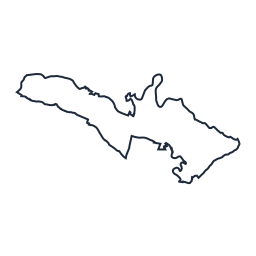 outline of Cuci, Mures, Romania, rotated 91°
{"feature_id": "2599482B99842368933543", "entity_name": "Cuci", "entity_type": "district", "adm_level": 2, "iso_a3": "ROU", "parent_name": "Romania", "parent_adm1": "Mures", "projection": "equal_earth", "projection_center": [24.16, 46.44], "detail": "fine", "context": "isolated", "style": "outline", "palette": "slate", "viewbox_px": 256, "rotation_deg": 91, "n_neighbors": 0, "source": "geoboundaries", "source_scale": "gbopen_adm2", "svg_char_len": 5673}
<svg xmlns="http://www.w3.org/2000/svg" viewBox="0 0 256 256"><g transform="rotate(91 128 128)"><path d="M94.1,239.7L97.0,234.9L97.3,234.8L98.0,235.1L98.2,232.3L98.6,230.8L99.3,229.9L99.5,230.0L101.5,226.5L101.1,226.4L102.2,225.0L102.3,224.9L102.7,223.3L102.8,221.7L103.2,219.9L103.2,219.6L103.0,218.9L103.0,217.5L103.4,214.9L103.6,214.4L104.3,213.2L105.7,211.5L105.8,209.8L106.5,206.4L106.5,204.1L106.0,202.8L106.3,202.1L106.1,201.7L105.2,201.1L105.5,199.8L106.5,199.3L107.0,198.8L107.4,198.7L108.0,198.3L109.0,196.8L110.1,195.8L110.1,195.1L110.9,194.2L111.7,192.3L111.7,192.0L112.1,191.4L112.2,190.5L112.9,189.4L112.9,188.4L113.2,187.5L113.2,185.0L113.7,183.8L113.7,182.6L114.1,181.1L114.4,180.7L115.0,180.3L115.2,179.7L115.6,179.4L120.2,168.1L123.5,169.0L123.9,168.2L124.1,166.9L125.3,167.2L125.6,166.2L125.8,165.1L125.7,164.6L125.8,163.8L126.6,161.9L127.8,160.1L128.5,159.3L130.0,158.2L133.4,156.2L138.6,152.9L140.7,150.9L140.7,150.3L141.7,149.0L142.6,148.1L144.1,146.9L145.0,146.6L148.4,141.4L150.9,138.4L151.3,136.8L151.2,136.7L151.6,136.1L154.0,134.4L156.7,131.9L158.2,129.7L155.9,129.3L154.7,129.0L153.4,128.4L153.2,128.5L150.9,127.5L147.7,126.4L146.3,126.3L135.9,124.2L137.0,120.1L137.5,116.6L137.3,113.0L137.3,111.8L137.4,111.2L138.2,108.4L139.6,105.4L140.0,104.3L140.0,104.0L141.3,101.5L142.1,101.9L142.6,99.3L143.2,95.3L148.9,97.4L148.8,90.3L147.7,90.8L147.8,91.1L147.3,91.4L147.2,91.2L145.8,91.7L144.8,89.7L145.7,89.4L145.4,88.8L143.5,89.6L143.0,90.4L142.3,89.7L144.3,86.6L146.1,85.3L147.5,84.7L147.2,84.1L148.0,83.8L148.6,83.7L148.9,84.1L150.4,83.5L150.5,83.2L151.0,83.3L151.0,83.1L151.5,83.3L151.7,83.0L153.6,83.8L155.1,84.0L156.1,83.7L156.5,83.3L157.0,82.4L157.3,81.3L157.3,80.2L157.1,79.3L155.8,77.1L155.5,76.2L155.5,75.6L155.6,75.1L156.4,74.3L159.7,71.9L160.8,70.4L161.3,69.8L161.9,69.5L162.6,69.5L162.9,69.7L162.8,70.1L161.5,72.6L161.5,73.2L161.7,73.8L162.3,74.4L163.1,74.7L163.7,74.7L164.3,74.6L166.1,73.7L167.2,73.6L167.9,73.6L168.9,74.0L169.7,74.4L170.0,74.8L170.0,75.3L169.8,75.6L168.2,76.2L167.8,76.5L167.0,77.6L166.9,78.1L166.9,78.8L167.3,80.1L168.4,81.7L169.2,82.2L170.2,82.4L170.7,82.3L172.0,81.7L172.6,81.2L173.1,80.5L174.3,78.3L176.0,76.3L177.5,75.0L178.3,74.6L179.3,74.7L180.1,75.3L180.4,75.9L180.9,75.7L180.8,75.2L181.2,72.2L180.6,72.0L181.3,69.1L181.9,67.2L182.1,66.3L181.8,65.0L181.1,64.6L180.3,63.7L179.7,63.4L179.1,63.5L177.9,62.9L176.9,63.3L175.9,63.1L176.1,62.4L176.1,62.0L174.8,60.6L174.6,59.8L174.5,58.2L176.6,56.6L173.5,53.6L171.9,51.8L170.8,51.1L168.5,49.2L167.9,48.1L166.2,46.7L164.5,45.7L163.2,44.2L162.4,43.6L160.4,42.4L159.5,41.7L157.4,38.2L157.0,37.3L156.4,35.1L155.8,34.1L155.5,33.1L154.6,32.6L153.1,30.4L152.9,29.6L152.8,28.1L152.6,27.2L151.1,25.5L150.7,24.1L149.7,22.4L149.1,21.9L148.4,20.8L148.1,20.0L147.0,18.7L145.7,17.8L144.6,17.5L142.6,16.4L141.7,16.3L140.9,16.5L139.1,17.2L137.0,18.3L137.8,19.4L137.8,20.7L136.9,22.6L135.0,25.4L135.5,26.3L135.5,27.1L134.9,29.1L133.5,31.7L132.3,32.8L131.2,33.4L131.1,33.8L131.2,35.4L130.7,36.0L129.1,38.1L125.7,41.6L125.4,42.4L125.4,43.0L126.3,44.6L126.6,44.7L126.5,46.8L123.2,49.6L121.8,51.2L121.8,52.1L121.9,53.0L121.7,53.9L120.9,55.1L120.6,56.1L118.2,60.7L118.3,61.3L117.2,61.7L113.8,62.4L113.2,62.7L112.7,63.1L111.8,64.1L110.6,66.3L110.1,67.0L108.2,68.8L104.6,72.8L104.0,73.2L103.0,73.6L98.8,74.7L98.2,74.9L97.9,75.4L97.8,75.7L98.0,76.5L99.0,78.5L99.2,79.2L99.3,80.0L99.0,81.6L97.7,87.4L97.8,87.9L98.5,89.6L99.9,90.9L101.6,92.0L105.1,94.0L106.1,94.9L106.2,95.2L106.3,96.4L105.9,97.4L105.6,97.8L104.3,98.7L100.2,100.2L98.6,100.4L96.5,100.4L93.3,100.8L90.2,101.0L89.2,100.9L88.1,100.6L87.5,100.3L86.8,99.9L83.8,97.2L82.0,95.9L80.9,95.1L79.7,94.8L78.6,94.8L77.0,95.0L75.8,95.3L74.9,95.8L74.3,96.3L73.9,97.4L74.0,98.6L74.5,100.3L75.8,102.4L76.5,102.9L77.4,103.5L78.7,103.8L83.6,104.1L84.6,104.4L85.1,105.0L85.6,107.0L86.4,108.3L90.0,111.6L98.2,114.6L98.8,115.0L99.1,115.4L99.4,116.0L99.4,116.8L99.1,118.8L98.8,119.4L98.1,120.4L97.0,121.2L96.0,121.6L94.2,121.8L94.6,122.5L95.2,123.2L95.4,123.8L95.9,124.7L96.0,125.2L96.5,125.7L96.5,126.0L95.8,126.2L95.3,126.5L94.0,126.7L93.2,126.6L93.2,127.2L93.5,127.7L94.2,128.7L95.0,129.2L96.1,129.6L96.2,130.6L96.8,130.9L98.7,130.2L100.9,129.8L100.6,128.2L99.8,127.1L98.9,126.2L99.1,125.6L100.1,124.6L103.4,123.3L104.1,123.2L105.2,122.3L106.3,121.8L107.9,121.7L110.4,121.7L112.8,122.0L113.4,121.9L114.9,122.4L114.4,122.7L115.9,123.3L113.7,126.4L112.3,125.8L111.7,126.6L115.5,128.1L113.5,133.8L112.3,136.6L111.5,138.2L111.0,138.8L109.7,139.8L107.6,141.3L105.1,141.9L103.8,142.5L101.4,144.1L98.5,147.4L97.7,149.1L97.5,149.6L97.5,150.4L97.1,151.0L96.7,152.2L96.8,154.0L97.0,156.5L96.8,157.6L96.7,157.8L96.3,157.9L95.4,157.9L95.3,158.0L94.7,157.9L94.1,160.0L94.2,160.5L93.8,161.2L94.3,161.8L95.5,162.3L94.5,165.0L94.5,165.7L94.6,166.4L94.5,166.8L94.3,166.7L93.9,165.7L93.4,165.4L92.8,165.2L92.3,164.6L91.1,166.8L91.4,167.0L91.5,167.5L91.4,167.7L90.8,167.6L90.7,167.8L90.5,168.3L90.2,168.4L89.5,168.3L88.6,169.8L88.7,170.0L88.8,169.8L88.8,170.4L89.3,170.4L89.4,170.6L89.3,170.8L88.4,170.8L88.2,170.7L88.1,171.0L87.9,171.1L87.8,171.3L87.4,171.5L87.5,172.0L88.2,172.3L88.6,173.1L88.8,174.5L89.7,176.5L89.8,177.0L89.6,177.5L88.3,179.1L86.6,180.7L83.7,182.8L81.7,183.9L80.6,185.7L80.0,186.9L79.1,190.4L78.9,191.7L78.5,193.4L78.0,194.7L77.8,197.2L77.6,197.8L77.2,199.9L77.6,203.1L77.5,203.8L77.6,205.7L78.1,207.7L78.6,208.8L78.9,210.0L79.3,210.9L79.4,211.5L79.3,212.2L77.3,213.7L76.2,215.3L75.9,215.9L75.7,217.0L75.7,218.9L75.6,220.6L77.0,230.3L77.8,230.9L78.4,231.7L79.2,232.3L81.2,233.0L82.4,233.8L83.3,234.7L84.4,235.4L84.9,235.5L87.9,235.4L89.2,235.5L90.1,235.8L91.5,236.8L93.7,239.2L94.1,239.7Z" fill="none" stroke="#1e293b" stroke-width="2"/></g></svg>